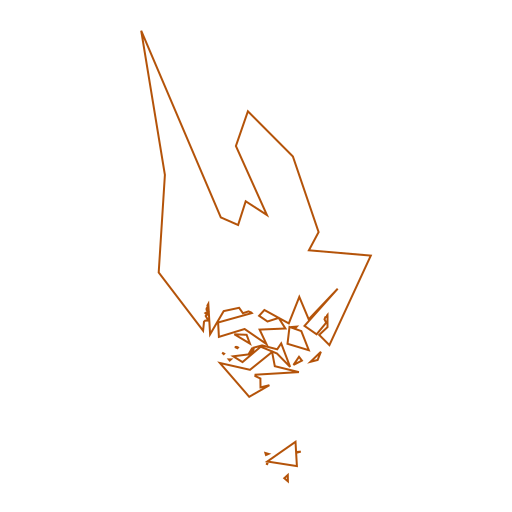 David, Chiriquí, Panama
{"feature_id": "35544464B4717226524239", "entity_name": "David", "entity_type": "district", "adm_level": 2, "iso_a3": "PAN", "parent_name": "Panama", "parent_adm1": "Chiriquí", "projection": "mercator", "projection_center": [-82.37, 8.424], "detail": "medium", "context": "isolated", "style": "outline", "palette": "amber", "viewbox_px": 512, "rotation_deg": 0, "n_neighbors": 0, "source": "geoboundaries", "source_scale": "gbopen_adm2", "svg_char_len": 1943}
<svg xmlns="http://www.w3.org/2000/svg" viewBox="0 0 512 512"><path d="M158.7,272.5L203.1,330.7L204.0,321.7L205.2,320.6L208.4,320.6L205.7,316.0L206.4,315.0L207.8,314.6L208.3,313.6L205.9,313.5L205.4,313.1L208.3,311.3L206.7,310.1L206.5,309.1L206.7,308.2L207.7,307.1L207.4,305.5L208.3,303.9L210.1,334.3L223.7,311.1L239.1,307.8L242.9,313.2L248.5,311.4L251.2,312.5L251.8,313.1L218.1,322.5L218.9,336.9L244.6,329.0L266.4,344.0L259.6,329.6L285.4,328.5L278.7,317.9L267.5,321.5L259.1,315.8L264.4,310.0L288.8,323.4L299.3,296.9L308.7,319.3L337.7,288.7L304.5,325.9L316.6,334.3L326.2,322.7L324.5,319.3L325.3,317.2L327.4,316.5L327.0,315.5L327.5,314.9L327.5,327.1L319.2,334.9L329.4,345.1L370.8,255.6L308.9,250.3L318.6,232.1L292.9,156.5L247.9,111.3L235.9,146.0L266.9,215.0L245.7,201.3L238.1,225.0L220.8,217.4L141.2,30.7L164.9,174.9L158.7,272.5ZM249.2,396.8L269.4,385.2L260.5,387.4L260.4,378.5L255.3,376.1L255.5,374.7L298.9,372.1L274.8,366.2L272.1,352.0L250.0,369.8L219.9,363.0L249.2,396.8ZM290.1,366.9L281.2,343.4L277.2,349.3L262.1,345.4L253.9,347.6L253.1,351.1L249.3,354.3L233.2,356.3L242.5,362.1L260.7,346.7L277.0,353.5L290.1,366.9ZM267.3,461.5L296.9,466.1L295.5,441.8L267.3,461.5ZM308.8,350.2L301.3,331.1L289.5,326.9L287.5,343.8L308.8,350.2ZM234.4,334.3L249.9,343.6L246.6,334.8L234.4,334.3ZM310.5,361.8L317.6,360.0L320.9,351.8L310.5,361.8ZM293.5,364.9L301.9,360.6L299.0,356.8L293.5,364.9ZM248.7,354.0L250.7,352.8L250.8,351.0L252.4,347.8L248.7,354.0ZM284.3,478.2L287.9,481.3L287.8,475.0L284.3,478.2ZM294.8,328.6L296.7,326.6L293.0,326.9L294.8,328.6ZM234.9,347.0L237.4,348.2L238.0,347.5L236.8,346.9L234.9,347.0ZM266.0,455.0L268.5,453.9L265.4,453.0L266.0,455.0ZM251.1,351.0L253.1,350.6L252.6,348.8L251.1,351.0ZM297.0,452.6L300.8,451.6L296.8,452.0L297.0,452.6ZM229.7,360.5L230.9,359.4L228.8,359.4L229.7,360.5ZM222.2,352.7L223.7,354.1L224.1,353.7L222.2,352.7ZM266.0,463.7L267.2,464.1L267.3,463.8L266.0,463.7Z" fill="none" stroke="#b45309" stroke-width="2"/></svg>